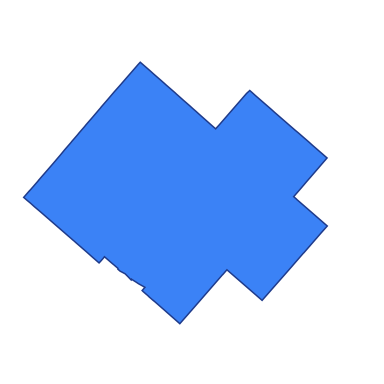 Naracoorte Lucindale, South Australia, Australia, rotated 221°
{"feature_id": "25037944B94364154888431", "entity_name": "Naracoorte Lucindale", "entity_type": "district", "adm_level": 2, "iso_a3": "AUS", "parent_name": "Australia", "parent_adm1": "South Australia", "projection": "mercator", "projection_center": [140.584, -36.995], "detail": "fine", "context": "isolated", "style": "filled", "palette": "blue", "viewbox_px": 384, "rotation_deg": 221, "n_neighbors": 0, "source": "geoboundaries", "source_scale": "gbopen_adm2", "svg_char_len": 3001}
<svg xmlns="http://www.w3.org/2000/svg" viewBox="0 0 384 384"><g transform="rotate(221 192 192)"><path d="M315.5,77.5L315.4,77.5L311.7,77.5L311.2,77.5L306.7,77.6L301.3,77.5L301.1,77.5L294.4,77.6L292.5,77.6L292.3,77.6L286.8,77.6L279.5,77.6L275.5,77.6L271.0,77.6L266.0,77.6L263.4,77.6L256.3,77.6L250.6,77.6L244.0,77.6L237.9,77.6L234.6,77.6L234.3,77.6L233.1,77.6L223.4,77.5L219.5,77.5L215.6,77.5L215.5,79.9L215.5,84.0L215.6,85.7L206.3,85.7L197.8,85.8L197.3,85.1L194.2,85.1L193.1,85.4L188.8,86.4L184.7,86.1L180.3,85.7L180.2,85.7L180.5,86.5L179.7,86.6L174.5,87.4L172.8,87.6L172.7,87.6L172.1,87.7L165.0,89.2L165.0,86.9L165.0,85.3L165.0,84.9L164.8,84.9L164.5,84.9L163.9,84.8L162.3,84.8L156.1,84.8L155.9,84.7L155.2,84.7L152.0,84.7L149.9,84.7L149.9,84.8L147.1,84.8L143.7,84.8L130.8,84.7L114.8,84.6L114.7,106.5L114.7,133.3L114.7,149.5L114.6,149.8L114.6,151.4L114.6,152.5L114.6,153.6L114.6,156.2L110.6,156.2L108.0,156.2L102.4,156.2L99.1,156.2L93.8,156.2L90.6,156.2L86.8,156.2L83.9,156.2L80.0,156.2L77.9,156.2L68.0,156.2L67.9,177.6L67.8,193.9L67.8,204.7L67.8,212.5L67.8,216.9L67.8,218.1L67.8,218.7L67.7,219.5L67.7,220.3L67.7,220.7L67.7,222.0L67.7,225.3L67.7,225.6L67.7,229.5L67.7,241.3L67.7,244.0L67.7,245.8L67.6,255.1L72.6,255.1L75.7,255.1L75.8,255.1L79.6,255.1L79.9,255.1L81.6,255.1L83.6,255.1L84.7,255.1L86.3,255.1L94.2,255.1L95.2,255.1L95.4,255.1L102.1,255.1L103.1,255.1L104.7,255.1L108.0,255.1L108.6,255.2L112.2,255.2L112.2,266.9L112.3,274.7L112.3,283.4L112.3,286.9L112.4,305.2L112.4,305.7L112.4,306.3L117.2,306.3L122.8,306.3L126.9,306.3L131.6,306.3L136.3,306.4L140.0,306.4L146.4,306.4L150.3,306.4L154.9,306.3L163.2,306.3L163.3,306.3L169.8,306.3L171.2,306.3L174.2,306.3L177.1,306.3L181.9,306.3L186.1,306.4L193.0,306.4L195.9,306.4L200.9,306.4L205.3,306.4L207.4,306.4L212.0,306.5L214.7,306.5L215.0,306.5L215.0,306.4L215.5,302.2L215.5,265.1L215.5,263.5L215.5,260.1L215.6,256.3L215.6,255.2L219.6,255.2L229.1,255.3L237.7,255.4L242.3,255.5L244.0,255.5L244.3,255.5L245.1,255.5L246.2,255.5L249.7,255.6L257.7,255.6L266.3,255.7L267.7,255.7L269.9,255.8L271.5,255.8L275.7,255.8L278.5,255.8L278.9,255.8L279.7,255.8L280.4,255.8L281.7,255.8L287.9,255.9L289.8,255.9L290.3,255.9L292.2,255.9L296.8,255.9L298.7,255.9L298.8,255.9L304.0,256.0L308.2,256.0L308.3,256.0L312.2,256.0L316.2,256.0L316.3,253.1L316.3,250.3L316.3,250.0L316.3,239.5L316.3,239.4L316.3,236.1L316.3,232.2L316.3,225.5L316.3,224.6L316.4,216.8L316.4,216.7L316.3,206.0L316.3,204.7L316.3,200.8L316.3,200.0L316.3,196.4L316.2,195.6L316.2,192.8L316.1,183.0L316.1,178.2L316.1,173.2L316.0,170.8L316.0,167.9L316.0,165.1L316.0,164.4L316.0,162.2L315.9,160.1L315.9,155.9L315.9,153.5L315.9,151.2L315.8,149.9L315.8,146.2L315.8,145.0L315.8,143.2L315.8,142.6L315.8,140.4L315.6,133.1L315.6,131.9L315.6,131.7L315.5,120.9L315.5,118.7L315.5,112.1L315.5,111.7L315.5,106.1L315.5,100.3L315.4,100.3L315.4,100.2L315.4,99.8L315.4,98.2L315.4,97.3L315.4,97.1L315.4,86.3L315.5,86.3L315.5,85.2L315.5,84.9L315.5,77.6L315.5,77.5Z" fill="#3b82f6" stroke="#1e3a8a" stroke-width="1.5"/></g></svg>